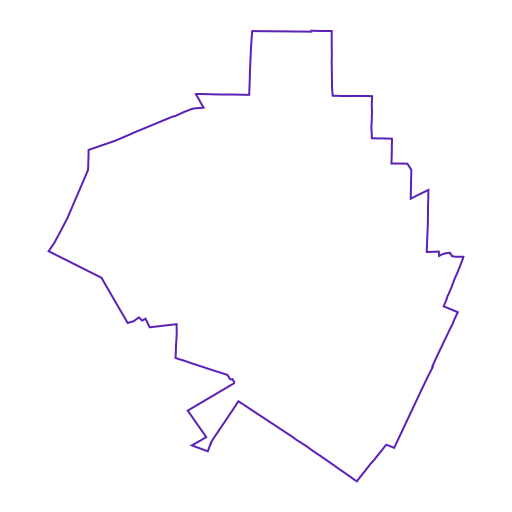 outline of Maglavit, Dolj, Romania
{"feature_id": "2599482B52050462021094", "entity_name": "Maglavit", "entity_type": "district", "adm_level": 2, "iso_a3": "ROU", "parent_name": "Romania", "parent_adm1": "Dolj", "projection": "albers", "projection_center": [23.135, 44.034], "detail": "fine", "context": "isolated", "style": "outline", "palette": "violet", "viewbox_px": 512, "rotation_deg": 0, "n_neighbors": 0, "source": "geoboundaries", "source_scale": "gbopen_adm2", "svg_char_len": 4832}
<svg xmlns="http://www.w3.org/2000/svg" viewBox="0 0 512 512"><path d="M394.2,447.8L403.2,428.7L420.0,393.0L427.6,377.1L432.5,367.5L432.8,366.8L432.3,366.6L432.5,366.1L435.9,358.5L449.8,329.4L452.5,324.2L454.8,318.4L456.9,314.2L457.8,312.2L446.0,307.3L443.7,306.4L443.9,305.9L444.5,304.2L445.0,303.0L445.7,301.6L446.4,299.8L447.0,297.9L447.4,296.2L448.1,295.1L448.6,294.1L449.5,292.0L450.5,289.6L451.5,287.4L452.2,285.4L452.7,283.8L453.4,282.3L453.9,280.7L454.3,279.6L455.7,276.4L457.0,273.5L458.4,270.2L460.2,265.7L462.8,258.8L463.4,256.8L459.9,256.7L458.5,256.8L456.6,256.7L454.9,256.7L453.5,256.5L452.4,256.1L451.8,256.0L451.6,255.0L451.0,254.6L450.5,254.2L450.4,253.9L450.4,253.4L450.3,253.0L449.8,252.8L448.6,252.9L446.9,253.1L445.1,253.4L442.3,254.3L440.0,255.4L439.1,255.9L438.8,251.6L426.8,252.0L426.8,249.4L427.0,244.2L427.9,221.8L428.0,208.6L428.0,205.0L428.1,203.8L428.1,202.7L428.2,201.5L428.2,200.4L428.3,199.2L428.3,198.0L428.3,197.0L428.3,195.8L428.3,194.6L428.4,193.5L428.3,192.2L428.3,191.0L428.4,190.1L428.4,189.9L427.4,190.4L427.0,190.6L426.4,190.9L425.8,191.2L425.2,191.5L424.5,191.8L423.9,192.1L423.2,192.4L422.6,192.8L421.9,193.1L421.2,193.4L420.5,193.7L419.8,194.1L419.2,194.4L418.5,194.7L417.8,195.1L417.1,195.4L416.4,195.8L415.8,196.1L415.1,196.5L414.4,196.8L413.7,197.2L413.0,197.5L412.3,197.9L411.6,198.2L410.9,198.6L410.7,198.7L411.3,169.7L407.4,163.7L404.9,163.6L391.4,163.5L391.5,161.5L391.7,155.9L391.8,152.0L391.8,146.5L392.0,142.0L391.9,138.7L389.9,138.6L388.4,138.6L385.1,138.5L382.2,138.4L376.5,138.4L371.8,138.2L371.8,134.8L371.6,131.5L371.5,129.3L371.4,127.1L371.5,124.0L371.7,121.2L371.8,119.7L371.8,117.8L371.7,116.3L372.0,114.4L372.0,111.2L372.0,109.1L371.8,107.6L371.8,105.8L371.8,104.0L372.0,100.0L372.1,96.1L371.8,96.1L371.7,96.1L369.7,96.1L367.7,96.0L365.7,96.0L363.6,96.0L361.4,96.0L359.2,96.0L357.0,96.0L354.7,95.9L352.5,96.0L352.0,96.0L351.4,96.0L350.9,96.0L350.3,96.0L347.7,96.0L347.4,96.0L346.7,96.0L346.0,96.0L345.3,96.0L344.5,96.0L343.8,96.0L343.1,96.0L342.3,96.0L342.0,96.1L341.9,96.1L341.6,96.0L341.4,96.0L341.1,96.0L340.8,96.0L340.6,96.0L340.4,96.0L340.2,96.0L339.8,95.9L339.6,95.9L338.1,95.9L336.9,95.8L336.4,95.8L336.0,95.8L335.5,95.8L335.1,95.8L334.6,95.8L334.1,95.8L333.7,95.8L333.2,95.7L332.7,95.7L332.2,89.9L332.0,86.0L332.0,82.9L331.9,73.6L331.8,70.1L331.7,62.5L331.8,57.5L331.8,52.4L331.7,46.8L331.7,35.3L331.7,31.0L320.4,31.0L311.5,30.7L311.5,30.9L311.5,31.3L311.4,31.7L311.1,31.7L310.4,31.7L309.6,31.7L308.8,31.7L307.9,31.6L307.1,31.6L306.2,31.6L305.4,31.6L304.5,31.6L303.7,31.6L302.9,31.6L302.0,31.6L301.2,31.5L300.3,31.5L299.5,31.5L298.6,31.5L298.4,31.5L297.8,31.5L296.9,31.5L296.1,31.5L295.3,31.5L294.5,31.5L293.6,31.5L287.3,31.4L272.8,31.3L263.3,31.2L254.1,31.1L252.2,31.1L251.5,40.3L251.1,46.0L250.1,67.7L249.9,72.5L249.8,78.3L249.2,94.8L245.7,94.8L231.1,94.5L223.8,94.5L220.6,94.5L215.9,94.4L212.1,94.3L209.1,94.2L203.8,94.1L201.4,94.0L197.1,94.0L195.9,94.2L196.2,94.7L199.3,100.0L200.1,101.7L201.3,103.7L202.3,105.5L202.6,106.1L203.6,107.6L201.5,107.9L195.4,108.3L193.9,108.5L191.5,109.1L184.0,112.0L181.2,113.3L177.8,114.9L174.6,116.3L173.0,116.5L171.2,117.2L135.1,132.1L130.7,134.1L121.3,138.1L115.3,140.7L88.6,149.9L88.6,152.2L88.6,153.4L88.1,169.4L88.0,170.0L79.3,190.4L67.5,217.9L61.2,230.0L54.2,243.1L48.6,251.2L101.7,277.9L104.0,282.2L127.7,323.0L132.9,321.4L133.5,321.3L138.9,317.4L142.1,320.6L143.1,320.0L145.5,318.7L146.4,320.6L148.3,324.5L149.5,327.0L149.7,327.3L163.4,325.7L176.6,324.2L176.6,327.2L176.7,330.3L176.7,333.7L176.5,337.5L176.3,342.0L176.0,344.2L176.0,347.3L175.8,351.5L175.8,353.1L175.5,357.9L179.1,359.2L184.8,360.9L188.5,362.2L193.5,363.9L199.3,365.8L203.7,367.2L206.8,368.3L214.3,370.7L218.1,371.9L222.0,373.1L226.1,374.5L227.3,374.9L228.9,377.2L229.3,378.0L229.8,378.9L230.7,379.3L231.7,379.3L232.5,379.1L233.0,380.1L234.1,381.8L234.2,382.4L234.1,382.8L234.0,383.1L233.9,383.4L228.2,386.7L187.7,410.6L190.1,414.0L193.6,419.0L195.6,421.9L205.6,436.2L206.2,437.2L195.0,443.6L191.8,445.4L207.8,451.3L210.7,443.4L210.9,443.6L211.4,442.0L212.0,440.8L212.8,439.5L213.7,438.1L214.8,436.5L218.8,430.6L233.5,408.8L237.8,402.1L238.4,401.3L239.8,402.3L241.4,403.2L260.0,415.5L293.1,437.3L296.5,439.9L297.2,440.3L299.5,441.8L301.3,442.9L303.0,444.0L305.9,445.8L309.8,448.6L310.9,449.5L314.1,451.7L316.8,453.6L318.9,454.9L319.7,455.5L320.2,455.7L321.3,456.5L323.5,458.1L326.2,459.9L328.6,461.6L331.0,463.3L333.7,465.1L336.0,466.8L339.2,469.1L343.2,471.8L346.2,473.9L347.6,475.0L350.3,476.7L352.0,478.0L354.9,480.1L356.9,481.3L357.6,480.3L359.1,478.4L360.3,476.8L362.5,474.1L362.9,473.4L364.2,472.0L365.8,470.0L366.5,469.0L368.5,466.5L370.8,463.5L373.0,461.1L374.3,459.8L376.4,457.0L378.4,454.6L380.2,452.3L381.5,450.8L383.5,448.1L384.7,446.6L385.9,445.1L386.2,444.8L386.4,444.7L394.2,447.8Z" fill="none" stroke="#5b21b6" stroke-width="2"/></svg>